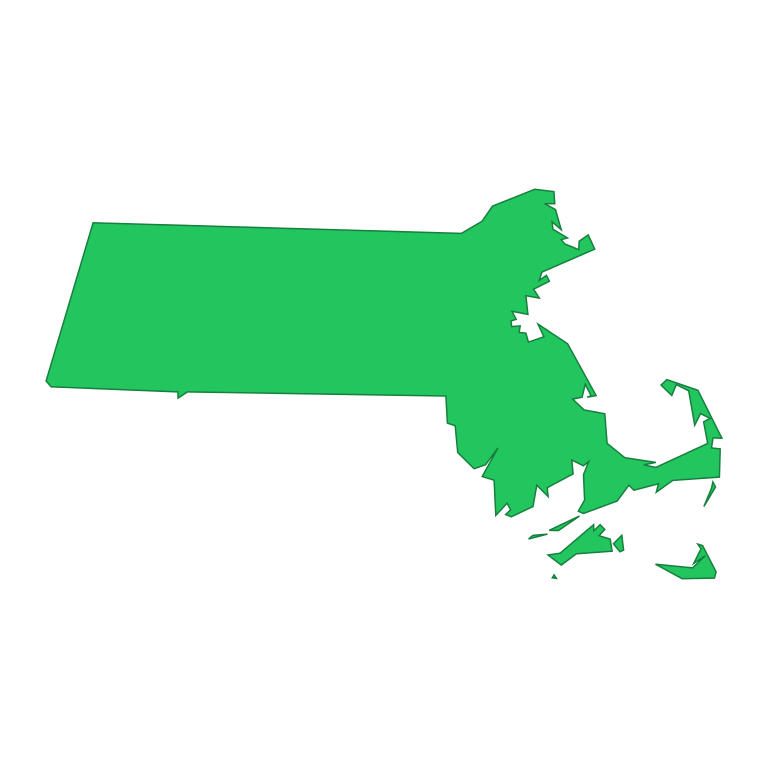 the border of Massachusetts
{"feature_id": "USA-3513", "entity_name": "Massachusetts", "entity_type": "State", "adm_level": 1, "iso_a3": "USA", "parent_name": "United States of America", "parent_adm1": "", "projection": "natural_earth1", "projection_center": [-70.926, 42.063], "detail": "medium", "context": "isolated", "style": "filled", "palette": "green", "viewbox_px": 768, "rotation_deg": 0, "n_neighbors": 0, "source": "natural_earth", "source_scale": "10m", "svg_char_len": 1936}
<svg xmlns="http://www.w3.org/2000/svg" viewBox="0 0 768 768"><path d="M482.2,476.5L498.0,447.9L485.6,464.7L474.1,468.7L457.7,452.5L455.2,425.8L447.4,423.1L445.9,396.0L187.4,391.9L178.1,398.1L177.9,391.9L51.1,386.8L46.1,381.0L93.1,222.8L461.4,233.4L482.1,221.2L492.5,206.1L534.7,189.3L553.9,191.6L554.8,203.7L544.6,203.7L555.5,209.6L561.2,229.7L552.1,221.8L552.9,229.2L567.5,238.0L561.2,239.6L564.6,243.8L578.7,249.7L579.2,241.2L588.2,234.9L594.7,249.1L541.9,272.1L539.3,280.4L546.4,275.4L549.4,281.2L533.6,289.2L539.3,298.1L525.9,295.7L527.9,314.4L512.0,311.3L516.2,319.3L511.0,321.0L511.7,326.6L520.2,325.9L519.1,332.4L525.9,333.2L528.4,342.1L543.9,336.8L538.0,324.1L567.6,343.8L596.1,395.6L587.2,397.2L591.1,395.7L585.2,384.2L582.1,397.2L572.7,399.1L584.0,409.9L604.8,413.8L607.1,443.4L624.8,457.7L655.9,462.4L643.7,464.9L655.9,467.4L707.7,443.4L703.6,421.8L710.1,418.4L700.5,413.6L694.7,425.1L688.7,390.8L676.3,384.6L671.8,395.5L661.0,385.1L666.8,379.6L697.9,390.3L721.9,438.2L713.0,437.9L711.5,447.9L720.2,448.9L719.4,477.1L672.8,480.4L656.3,492.2L658.5,483.8L633.9,490.2L628.9,485.2L617.2,501.0L583.4,513.5L578.3,511.2L584.6,500.0L583.5,474.7L588.7,461.5L583.4,465.8L571.8,460.0L573.1,473.9L547.2,487.7L548.1,496.5L536.8,485.2L533.0,506.5L511.3,516.8L505.7,514.5L510.6,509.8L507.1,503.2L495.8,515.4L494.1,480.2L482.2,476.5ZM599.0,535.7L610.2,539.1L612.1,551.2L576.3,553.8L561.3,565.1L548.0,555.0L560.1,553.2L593.6,524.7L593.8,530.8L600.1,524.7L604.8,529.5L599.0,535.7ZM697.8,544.1L702.6,545.6L716.1,571.9L714.4,578.1L682.1,578.7L655.5,564.2L692.6,567.9L705.4,555.5L693.7,563.5L701.0,548.8L697.8,544.1ZM549.2,530.3L579.5,516.0L558.4,530.6L549.2,530.3ZM613.4,543.8L621.8,535.3L623.6,550.1L620.0,551.8L613.4,543.8ZM712.9,482.0L715.5,487.0L703.9,506.5L711.5,488.2L712.9,482.0ZM532.9,535.4L547.5,534.1L528.6,539.0L532.9,535.4ZM552.3,577.8L554.1,574.9L556.4,578.4L552.3,577.8Z" fill="#22c55e" stroke="#15803d" stroke-width="1.5"/></svg>